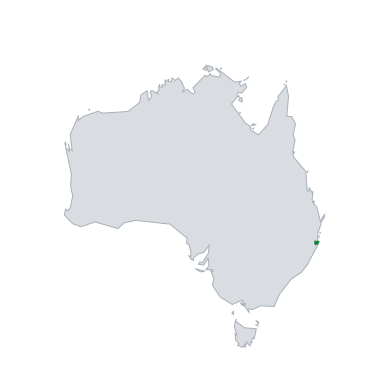 location of Tweed, New South Wales, Australia, rotated 17°
{"feature_id": "25037944B14398404968325", "entity_name": "Tweed", "entity_type": "district", "adm_level": 2, "iso_a3": "AUS", "parent_name": "Australia", "parent_adm1": "New South Wales", "projection": "natural_earth1", "projection_center": [153.453, -28.35], "detail": "fine", "context": "in_parent", "style": "filled", "palette": "green", "viewbox_px": 384, "rotation_deg": 17, "n_neighbors": 0, "source": "geoboundaries", "source_scale": "gbopen_adm2", "svg_char_len": 4816}
<svg xmlns="http://www.w3.org/2000/svg" viewBox="0 0 384 384"><g transform="rotate(17 192 192)"><path d="M256.4,72.6L260.5,91.8L265.4,90.8L271.0,96.5L272.1,108.2L275.4,112.2L276.4,123.1L278.8,128.8L295.0,139.3L301.5,156.5L303.3,157.4L303.6,154.3L307.1,157.5L307.6,155.9L309.2,164.7L311.3,167.3L315.8,170.0L324.8,184.8L324.4,194.6L327.8,206.5L323.3,228.7L320.2,236.7L312.6,245.9L305.6,263.9L304.1,277.5L290.9,280.7L284.5,286.6L280.4,287.1L281.7,290.4L275.2,285.5L276.1,284.4L275.6,283.2L274.4,283.2L272.4,285.3L270.8,284.0L273.3,282.0L271.8,280.5L263.4,287.8L249.7,284.2L238.8,275.2L238.2,268.2L233.0,261.9L235.1,262.2L234.9,260.3L227.9,262.2L229.8,257.5L226.8,250.6L224.5,258.4L219.3,259.2L220.1,256.6L222.5,256.6L225.5,245.9L224.2,237.8L221.0,246.3L215.9,249.5L212.7,254.5L213.3,257.1L211.2,256.8L207.7,253.9L209.8,253.9L208.0,248.9L204.5,243.3L201.7,242.6L201.0,237.6L180.3,229.2L146.4,235.6L136.0,241.4L131.8,248.6L108.0,249.0L96.0,257.7L87.2,257.2L76.7,251.3L76.0,245.4L78.5,246.4L80.2,242.8L79.1,230.8L74.1,221.7L71.5,210.3L58.3,186.5L62.8,189.1L59.7,181.8L61.8,186.1L65.2,187.4L58.7,172.5L61.2,152.0L62.3,156.9L65.8,151.6L78.6,142.2L83.4,142.7L107.1,133.8L115.7,121.8L114.8,114.0L119.4,108.4L123.7,117.1L125.7,112.3L122.9,108.9L123.6,106.7L131.6,108.2L129.1,107.3L130.6,103.9L129.1,100.9L133.3,100.5L131.7,98.2L135.2,97.9L133.9,94.7L136.8,91.0L137.1,93.2L139.6,92.9L139.7,88.8L143.2,90.3L145.4,86.9L149.3,89.2L154.5,95.0L153.7,99.6L157.1,95.2L164.4,98.1L165.8,95.6L162.4,92.1L170.5,76.4L172.2,77.5L175.1,73.5L176.1,75.2L184.8,74.0L184.5,70.2L178.6,67.4L179.5,66.5L200.6,74.5L206.7,71.6L205.3,74.7L207.9,76.4L211.0,72.7L213.8,75.8L210.6,82.8L206.9,83.4L207.2,88.4L204.0,96.3L223.3,110.7L228.5,112.1L230.2,115.6L238.8,117.9L244.7,105.5L244.9,87.4L245.8,80.5L247.9,78.9L246.2,75.8L251.3,62.7L256.4,72.6ZM271.3,302.5L281.6,306.5L293.5,304.0L294.5,314.8L293.7,312.9L292.5,315.1L292.4,322.2L288.1,319.4L285.6,325.8L280.4,325.3L281.3,323.5L276.7,320.4L274.8,314.9L276.8,315.9L271.8,308.3L271.3,302.5ZM168.7,66.5L174.8,66.5L176.6,68.5L172.7,72.4L168.7,66.5ZM217.4,264.4L227.6,264.1L223.3,265.9L217.4,264.4ZM212.4,87.4L213.7,91.3L209.9,90.7L210.4,87.9L212.4,87.4ZM324.2,183.1L323.9,178.6L325.4,174.9L326.0,177.5L324.2,183.1ZM290.5,296.2L293.9,297.1L294.0,298.6L290.5,296.2ZM168.1,67.7L170.3,71.5L166.5,71.3L168.1,67.7ZM267.5,296.8L265.6,296.4L266.5,293.9L267.5,296.8ZM233.1,109.1L231.3,110.2L229.5,110.9L230.4,108.7L233.1,109.1ZM58.2,185.5L56.5,183.3L56.2,181.3L56.5,181.2L58.2,185.5ZM293.3,300.0L294.7,301.1L292.2,300.2L293.3,300.0ZM310.4,165.2L311.8,165.2L311.8,167.2L310.4,165.2ZM276.8,123.0L278.5,124.2L278.2,124.8L276.8,123.0ZM288.1,323.2L288.3,325.0L287.0,324.4L288.1,323.2ZM326.6,196.3L326.7,198.8L326.6,196.3ZM184.1,66.4L183.1,65.3L183.7,64.8L184.1,66.4ZM212.2,66.6L210.8,68.5L212.5,65.1L212.2,66.6ZM326.8,193.4L326.1,194.2L326.5,193.3L326.8,193.4ZM215.1,102.3L214.3,102.6L214.7,101.7L215.1,102.3ZM209.4,87.3L208.4,87.5L209.0,86.3L209.4,87.3ZM70.0,142.3L69.8,143.9L69.3,143.8L70.0,142.3ZM249.6,61.8L249.5,63.1L249.1,62.1L249.6,61.8ZM274.5,283.8L274.7,284.6L274.4,284.4L274.5,283.8ZM210.4,69.1L208.5,70.4L210.5,68.7L210.4,69.1ZM133.9,92.8L133.3,93.7L133.7,92.6L133.9,92.8ZM288.7,321.9L288.1,322.3L288.5,321.6L288.7,321.9ZM232.4,113.7L231.3,113.7L231.8,112.9L232.4,113.7ZM130.1,99.8L129.6,100.3L129.5,99.1L130.1,99.8ZM293.5,318.3L292.6,318.8L292.9,317.8L293.5,318.3ZM250.2,58.2L250.1,59.1L249.5,58.6L250.2,58.2ZM274.0,284.9L274.9,285.7L273.4,285.5L274.0,284.9ZM296.9,139.2L296.2,139.2L296.5,138.2L296.9,139.2ZM303.0,154.2L302.6,154.2L302.8,153.4L303.0,154.2ZM271.7,301.2L271.5,301.9L271.2,301.1L271.7,301.2Z" fill="#d9dde1" stroke="#a8b0b8" stroke-width="1"/><path d="M327.3,204.9L327.4,204.4L327.5,204.1L327.5,203.9L327.5,203.7L327.5,203.3L327.6,203.2L327.4,203.0L327.4,202.9L327.5,202.7L327.4,202.7L327.4,202.8L327.3,203.0L327.2,203.0L327.3,203.0L327.2,203.0L327.3,203.0L327.2,203.0L327.3,203.0L327.3,202.9L327.4,202.7L327.2,202.6L327.1,202.8L326.9,202.8L327.0,202.8L326.9,202.8L327.0,202.8L326.9,202.8L327.0,202.8L327.0,202.7L327.3,202.6L327.2,202.6L327.3,202.6L327.3,202.4L327.3,202.5L327.2,202.5L326.9,202.4L326.7,202.5L326.4,202.7L326.4,202.8L326.3,203.0L326.2,203.0L325.9,203.1L325.7,203.0L325.4,203.0L325.2,203.2L324.9,203.1L324.8,203.3L324.7,203.3L324.8,203.4L324.8,203.5L324.7,203.5L324.5,203.8L324.4,203.8L324.4,204.0L324.4,204.3L324.5,204.3L324.4,204.3L324.5,204.3L324.5,204.5L324.6,204.8L324.7,205.0L324.7,205.3L324.8,205.3L325.0,205.3L325.3,205.3L325.3,205.2L325.3,205.3L325.5,205.3L325.5,205.2L325.6,205.3L325.6,205.5L325.7,205.4L325.7,205.5L325.8,205.4L325.8,205.5L325.8,205.4L325.8,205.5L325.9,205.4L325.9,205.5L325.9,205.4L326.0,205.3L326.0,205.2L326.1,204.9L326.4,204.9L326.5,204.9L326.8,205.0L326.8,204.9L327.0,204.9L327.3,204.9Z" fill="#22c55e" stroke="#15803d" stroke-width="1.5"/></g></svg>